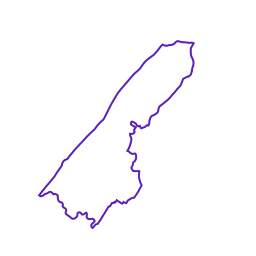 Angk Snuol, Kândal, Cambodia, rotated 31°
{"feature_id": "14789045B83714084538428", "entity_name": "Angk Snuol", "entity_type": "district", "adm_level": 2, "iso_a3": "KHM", "parent_name": "Cambodia", "parent_adm1": "Kândal", "projection": "natural_earth1", "projection_center": [104.717, 11.567], "detail": "fine", "context": "isolated", "style": "outline", "palette": "violet", "viewbox_px": 256, "rotation_deg": 31, "n_neighbors": 0, "source": "geoboundaries", "source_scale": "gbopen_adm2", "svg_char_len": 4668}
<svg xmlns="http://www.w3.org/2000/svg" viewBox="0 0 256 256"><g transform="rotate(31 128 128)"><path d="M102.5,133.8L101.5,136.7L100.5,141.1L100.3,143.7L100.0,146.3L99.9,146.8L98.6,151.2L97.2,156.6L96.2,161.5L95.1,166.6L94.2,171.1L93.3,175.3L93.0,178.2L92.8,179.2L92.6,180.4L92.4,181.8L92.1,183.2L92.2,184.5L91.9,186.0L91.5,186.3L91.1,187.0L90.2,188.3L89.7,190.4L89.8,191.1L89.9,192.3L90.1,193.1L90.6,193.8L90.6,195.2L90.4,198.0L90.2,200.4L90.0,203.4L90.0,206.5L89.9,208.1L89.4,211.2L88.9,214.7L88.5,217.0L87.8,220.8L87.4,224.4L87.0,226.6L86.7,229.9L86.5,231.5L87.2,231.5L87.8,231.5L88.4,231.4L89.0,231.1L89.7,230.0L90.2,229.3L90.4,228.5L90.6,227.7L91.2,227.0L91.7,226.6L92.4,225.5L92.8,224.8L93.2,223.9L93.7,223.2L94.4,222.7L95.2,222.5L96.2,222.6L97.0,222.8L97.7,223.2L98.4,223.1L98.7,222.5L99.5,222.1L100.3,221.9L101.3,221.9L102.1,221.8L102.7,222.3L103.1,222.9L103.5,223.6L104.2,224.6L105.3,225.6L105.9,226.1L107.2,226.5L108.2,226.4L109.2,226.1L110.2,226.0L110.9,226.5L111.3,226.9L111.7,227.3L112.2,228.6L113.0,229.1L113.9,229.3L114.8,229.3L115.8,229.3L116.5,229.5L117.0,229.9L117.5,230.4L117.7,231.0L117.8,231.7L118.1,232.5L118.4,233.2L118.9,233.5L119.6,233.7L120.9,233.9L122.0,233.9L123.2,234.0L124.3,234.1L125.4,234.3L126.3,234.5L127.6,234.2L128.5,233.5L129.2,232.2L129.8,230.6L129.8,229.8L129.4,228.7L128.9,227.7L128.7,226.7L129.0,226.0L129.5,225.4L130.5,225.0L131.6,225.2L132.1,225.5L132.9,225.7L133.8,225.6L134.8,224.2L135.4,222.6L135.8,222.1L136.5,222.3L136.9,222.8L137.6,223.7L138.0,225.0L138.7,225.9L139.9,226.3L140.8,226.4L142.1,225.9L143.3,224.9L144.3,224.1L144.8,223.9L145.7,224.0L146.9,224.5L147.4,225.2L147.3,226.2L147.0,227.2L146.7,228.1L146.4,228.8L146.6,230.0L147.1,231.1L148.0,231.8L149.0,231.9L149.5,230.9L149.5,229.7L149.8,228.0L150.3,226.8L151.2,226.1L151.4,225.8L151.5,224.6L151.5,223.7L151.7,221.4L151.7,219.3L151.7,217.6L151.7,215.7L151.8,213.8L151.8,211.6L151.8,209.6L151.8,208.0L151.8,205.4L152.9,204.5L152.9,202.6L152.9,200.4L154.4,199.7L154.6,199.1L154.6,198.2L155.4,198.1L155.6,196.8L155.5,195.7L156.0,195.7L156.9,195.8L158.7,195.8L160.8,195.9L162.0,195.8L162.1,195.3L162.3,194.3L162.3,193.7L163.5,193.7L165.1,193.4L165.3,192.8L165.2,191.6L165.2,190.7L165.3,190.1L165.4,189.7L165.9,188.9L166.4,187.9L166.9,186.8L167.6,185.9L168.1,185.4L168.7,185.0L169.2,184.4L169.2,182.9L169.4,181.0L169.5,179.2L169.5,177.4L169.4,175.2L169.4,173.6L169.3,172.0L169.2,170.1L168.8,169.8L167.6,169.0L166.6,168.4L165.0,166.8L163.9,165.8L162.5,164.1L161.4,162.5L160.7,160.8L160.1,159.3L159.2,159.5L157.8,160.4L156.3,161.3L154.7,162.2L153.6,161.7L152.5,161.3L151.9,160.9L151.4,160.3L151.3,159.2L151.2,158.2L151.0,156.8L150.8,156.0L150.4,155.6L150.2,154.7L150.9,153.0L150.8,150.5L150.1,148.9L149.0,147.4L148.0,146.4L147.1,146.3L146.1,147.2L144.7,148.2L143.6,148.1L142.3,148.1L141.1,147.7L139.9,147.8L139.2,147.9L139.2,146.4L139.0,144.2L138.8,142.3L138.4,140.9L137.9,139.1L137.3,137.2L136.7,135.8L135.6,134.6L134.6,133.9L133.7,133.3L132.8,131.9L134.9,130.7L135.5,129.8L135.8,128.3L135.5,127.7L134.8,127.3L134.2,126.7L134.3,124.6L134.3,123.4L132.9,123.5L131.3,123.6L129.9,123.5L128.9,123.4L128.2,122.8L127.8,121.8L128.0,120.6L129.0,120.2L130.5,120.2L131.6,120.2L132.7,120.3L133.7,121.0L135.2,121.3L135.7,121.2L136.4,121.0L137.0,120.1L137.8,120.7L138.7,121.2L139.5,121.4L139.9,121.0L140.4,120.3L140.8,119.8L141.1,119.4L141.6,118.9L142.1,118.0L142.4,117.1L142.8,116.2L143.0,115.6L143.6,115.5L144.2,115.3L144.0,113.7L143.7,112.8L143.2,111.8L142.8,111.0L142.5,110.2L142.3,109.3L142.0,108.3L141.9,107.7L141.9,106.3L142.5,104.9L143.4,103.8L143.9,102.7L144.2,102.3L144.7,101.4L145.0,100.6L145.2,99.8L145.3,98.5L145.0,97.6L144.7,97.0L144.1,95.2L144.0,94.2L144.0,93.3L144.3,92.1L145.2,90.0L146.3,86.9L147.0,85.1L147.6,83.3L147.9,82.3L148.3,80.8L148.6,78.7L148.8,76.9L149.4,74.4L149.6,73.6L150.1,69.5L150.4,68.1L151.1,65.0L150.9,62.8L150.7,61.3L150.4,59.8L150.2,58.7L150.0,57.4L152.8,52.9L153.4,52.8L154.0,51.1L154.3,49.8L154.1,48.8L153.8,47.7L153.7,47.1L153.4,46.1L153.0,45.8L152.7,44.4L152.3,43.5L151.5,40.1L150.1,37.6L148.5,36.0L146.7,34.8L145.1,33.7L143.7,32.1L142.6,30.4L141.5,28.7L140.9,27.4L140.7,26.6L140.7,21.6L139.9,21.5L138.6,22.1L136.4,23.6L134.2,24.5L132.0,25.6L130.5,26.4L127.4,27.5L126.2,27.7L125.2,28.6L124.7,29.9L124.3,31.7L123.4,33.5L121.9,34.9L121.4,35.0L120.8,35.5L120.1,36.3L118.5,37.8L116.7,38.5L115.2,38.7L114.7,38.7L114.1,40.9L113.7,44.1L113.5,46.4L112.5,51.7L109.2,59.7L108.3,63.4L107.9,67.2L107.8,70.5L107.6,71.1L107.1,73.2L105.4,78.4L105.0,80.7L104.3,84.3L103.4,90.0L102.0,98.0L101.5,102.0L101.4,102.5L101.3,103.5L101.3,111.0L101.4,116.5L101.9,123.2L102.3,128.3L102.6,132.5L102.5,133.8Z" fill="none" stroke="#5b21b6" stroke-width="2"/></g></svg>